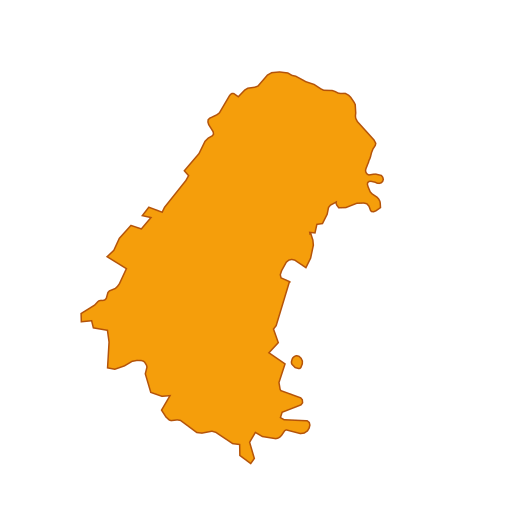 map outline of Palencia (Natural Earth projection), rotated 29°
{"feature_id": "ESP-5839", "entity_name": "Palencia", "entity_type": "Autonomous Community", "adm_level": 1, "iso_a3": "ESP", "parent_name": "Spain", "parent_adm1": "", "projection": "natural_earth1", "projection_center": [-4.405, 42.407], "detail": "fine", "context": "isolated", "style": "filled", "palette": "amber", "viewbox_px": 512, "rotation_deg": 29, "n_neighbors": 0, "source": "natural_earth", "source_scale": "10m", "svg_char_len": 2917}
<svg xmlns="http://www.w3.org/2000/svg" viewBox="0 0 512 512"><g transform="rotate(29 256 256)"><path d="M341.4,153.3L339.0,158.3L337.4,160.3L335.5,161.1L334.2,160.7L330.7,157.7L327.6,156.6L324.6,157.4L318.6,161.0L311.1,170.1L305.0,173.7L301.9,172.3L300.4,171.0L300.0,169.9L296.4,175.5L295.9,178.4L298.0,185.0L298.4,195.4L293.9,198.8L296.4,207.2L291.5,209.3L292.6,210.6L293.1,209.9L298.0,214.5L300.9,218.7L304.8,231.4L305.3,242.0L291.9,240.8L288.9,241.7L286.7,243.7L285.5,246.7L285.5,256.3L286.3,260.6L288.5,263.0L298.7,262.1L297.8,262.7L307.4,307.2L306.7,311.4L317.5,321.0L314.2,334.4L333.7,336.3L337.4,355.5L341.7,360.9L343.0,361.7L363.9,358.4L366.2,359.3L367.9,361.8L367.5,364.4L354.6,380.0L355.7,385.5L359.9,385.6L380.7,375.3L383.3,375.8L385.1,377.8L385.9,380.7L385.8,384.0L384.0,387.5L380.9,389.8L366.8,393.4L365.8,394.8L365.3,400.4L364.6,402.9L363.4,404.8L361.8,406.2L349.1,410.8L341.0,410.6L340.7,422.0L352.7,433.9L352.0,440.1L338.6,438.3L333.1,428.8L326.6,431.4L306.3,429.7L302.4,430.6L294.6,437.1L289.8,439.1L269.7,436.4L266.6,437.5L261.6,441.1L259.7,441.5L255.4,440.5L248.1,436.6L248.5,419.8L241.8,424.3L230.1,426.3L216.3,412.7L214.5,406.0L213.2,404.6L210.0,402.8L208.4,402.6L206.4,403.0L202.4,405.1L198.7,408.2L194.2,415.9L187.4,423.5L180.4,425.8L169.2,402.5L162.1,393.0L148.6,397.7L143.6,392.3L135.1,398.2L130.9,391.1L138.7,377.1L139.8,372.7L140.4,371.3L141.8,370.1L143.5,369.2L145.0,367.9L145.6,365.7L144.2,359.7L144.7,357.6L148.7,352.6L149.6,349.7L150.0,346.7L148.8,329.9L126.1,328.8L128.9,320.0L127.9,306.8L131.8,289.9L142.6,287.9L145.5,273.3L137.0,275.8L138.6,265.3L152.7,263.2L152.4,257.7L158.1,223.9L158.1,218.4L152.0,216.2L156.5,194.0L155.8,180.4L157.1,176.0L159.5,172.1L159.8,170.1L158.3,168.1L150.9,164.0L149.0,162.1L148.1,160.0L148.7,157.9L153.3,151.5L154.6,148.6L155.1,128.8L155.4,127.0L156.2,125.5L157.8,124.7L163.3,125.3L165.7,116.3L167.5,113.2L173.1,109.0L175.3,106.5L178.3,92.2L180.9,88.0L187.4,83.6L195.1,80.5L199.9,80.6L203.6,79.5L215.1,79.4L223.7,77.8L231.9,78.4L234.9,78.2L242.5,74.3L245.5,73.8L248.9,73.7L251.1,72.9L255.3,70.5L259.1,70.5L261.9,71.3L267.4,74.1L269.4,75.5L273.9,82.6L274.8,84.7L275.0,85.2L276.4,87.2L279.5,89.3L302.9,97.3L306.1,99.4L306.7,101.4L306.6,103.4L306.4,105.5L306.9,109.5L308.0,113.6L308.4,115.7L308.5,117.7L309.0,119.7L309.2,121.9L309.5,123.8L309.7,125.6L309.9,126.7L310.4,128.2L311.6,129.6L313.3,130.4L315.0,130.5L316.0,130.0L319.0,127.6L321.1,126.3L326.6,124.8L328.7,125.7L330.2,127.3L330.6,129.4L330.0,131.3L328.6,132.7L326.6,133.6L324.5,133.7L320.4,134.9L318.8,135.9L318.1,137.6L318.6,139.2L320.2,140.9L324.7,144.5L327.4,145.4L333.4,145.9L335.7,146.7L337.8,148.1L339.0,149.5L341.4,153.3ZM342.2,322.9L345.0,323.6L347.5,325.4L348.8,327.9L349.3,331.8L348.9,333.0L348.0,333.7L344.3,334.6L340.0,333.3L339.0,332.5L338.3,331.4L337.6,328.6L337.6,327.1L338.1,325.7L338.9,324.4L339.9,323.5L342.2,322.9Z" fill="#f59e0b" stroke="#b45309" stroke-width="1.5"/></g></svg>